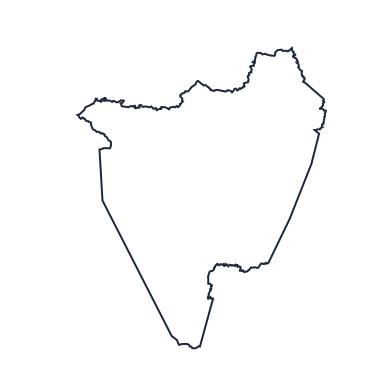 Las Minas, Herrera, Panama, rotated 7°
{"feature_id": "35544464B70726679944443", "entity_name": "Las Minas", "entity_type": "district", "adm_level": 2, "iso_a3": "PAN", "parent_name": "Panama", "parent_adm1": "Herrera", "projection": "orthographic", "projection_center": [-80.794, 7.719], "detail": "fine", "context": "isolated", "style": "outline", "palette": "slate", "viewbox_px": 384, "rotation_deg": 7, "n_neighbors": 0, "source": "geoboundaries", "source_scale": "gbopen_adm2", "svg_char_len": 5902}
<svg xmlns="http://www.w3.org/2000/svg" viewBox="0 0 384 384"><g transform="rotate(7 192 192)"><path d="M273.5,36.9L272.6,38.3L270.0,40.8L268.1,40.3L264.8,40.9L263.7,39.8L259.8,40.7L257.5,43.3L257.9,45.7L257.0,46.9L255.1,46.8L254.2,47.0L252.9,46.7L252.1,46.9L250.6,46.5L249.4,46.6L248.0,45.8L246.0,46.6L245.0,46.8L244.3,46.5L243.8,45.8L243.3,45.6L240.0,45.9L239.4,46.3L239.0,47.4L239.1,49.1L238.3,50.3L238.6,51.5L238.4,53.1L238.5,54.1L236.4,55.7L237.0,56.0L238.3,55.5L238.7,55.8L237.8,57.7L237.9,59.2L235.2,59.7L234.7,60.0L234.4,60.5L234.5,60.8L235.4,61.8L236.1,62.4L236.4,64.1L236.0,64.6L236.3,66.1L234.6,66.5L234.1,66.9L234.0,67.7L234.5,68.5L234.6,69.0L233.6,69.8L233.1,70.8L234.0,72.1L234.4,73.2L234.5,74.2L234.1,75.1L234.4,75.9L234.0,76.4L232.1,76.8L231.7,77.2L230.4,77.6L230.2,78.4L231.3,80.7L230.8,81.3L229.8,81.3L229.3,82.6L228.4,82.7L227.7,83.8L226.5,83.3L225.5,85.1L224.6,85.7L223.2,84.2L222.7,84.1L221.8,84.5L221.3,85.0L221.1,85.9L220.3,87.4L219.6,88.2L218.4,87.1L215.5,86.5L214.8,86.7L213.6,88.1L213.2,88.0L212.7,88.2L210.7,88.0L209.3,88.1L208.3,87.7L206.5,87.8L205.4,87.4L202.8,88.0L202.2,88.7L201.7,88.8L200.5,89.0L199.9,88.6L199.1,88.7L198.6,88.4L198.1,88.5L197.9,87.7L197.3,87.6L197.0,87.0L196.5,86.9L196.1,86.3L195.4,86.1L195.0,85.7L194.3,85.6L193.1,84.5L192.1,84.3L190.6,84.9L189.9,84.1L188.6,83.7L186.3,82.1L185.7,81.9L184.8,81.1L184.3,81.1L183.6,81.5L183.2,82.0L182.6,83.5L182.6,84.4L178.8,87.9L176.2,92.2L175.1,92.8L173.1,92.7L172.6,94.4L169.8,95.6L169.3,97.0L168.6,97.2L168.8,98.8L170.5,99.9L171.2,101.1L170.9,102.3L171.9,103.2L171.0,103.8L171.0,104.3L170.4,105.7L169.4,105.9L169.3,107.8L168.2,109.2L167.5,109.4L167.3,108.8L166.5,108.5L164.6,110.1L163.3,109.7L162.0,110.0L161.2,110.5L159.6,111.1L159.3,112.5L159.1,112.8L155.6,111.2L154.4,111.1L153.2,111.4L151.7,111.2L151.0,111.7L151.4,112.9L151.1,113.5L149.4,113.4L147.2,115.1L146.7,114.9L146.1,113.2L145.4,113.2L144.1,114.0L143.6,114.1L141.2,112.1L139.0,113.2L137.6,112.8L135.1,112.8L132.8,113.5L132.1,113.2L131.2,112.1L130.5,111.9L129.3,112.3L128.9,112.6L129.7,114.0L129.6,114.7L128.1,114.8L126.4,115.6L125.3,115.7L125.0,115.5L124.9,115.2L125.4,114.0L125.1,113.5L124.8,113.3L123.8,113.6L122.7,114.5L121.1,114.0L118.5,115.6L111.8,115.4L111.3,114.1L110.3,112.8L110.5,112.6L111.7,112.3L113.0,110.5L113.2,109.6L113.0,109.4L111.6,109.8L110.1,109.7L109.4,110.6L107.0,112.1L106.0,112.1L103.3,111.0L102.7,111.2L102.2,112.1L101.8,112.3L99.1,111.2L96.1,111.8L95.1,109.6L94.5,109.3L93.7,109.3L93.2,109.7L94.1,111.3L93.9,112.3L93.7,112.4L92.2,111.0L91.0,110.9L90.7,111.3L91.1,113.2L90.7,113.6L89.1,112.8L87.1,112.9L86.7,112.5L86.1,111.1L85.2,111.0L84.9,111.4L84.9,113.5L83.8,115.0L83.6,116.2L82.1,116.8L79.8,118.6L75.9,120.9L75.5,121.6L75.3,123.3L74.6,124.3L71.1,128.4L69.0,129.5L70.1,130.0L71.4,132.1L72.3,132.4L72.8,132.9L73.2,132.7L73.8,131.6L75.3,131.6L76.2,132.7L77.3,132.9L77.9,134.1L79.8,134.6L80.4,134.3L81.2,135.0L83.1,135.3L83.5,135.9L83.7,137.9L85.2,140.6L86.1,141.9L88.3,142.5L89.9,143.9L91.3,143.6L92.5,144.1L93.2,143.9L94.2,145.0L94.7,144.8L95.2,145.0L95.9,144.5L96.7,145.1L98.1,145.3L98.4,145.8L98.3,146.6L98.6,147.0L100.1,147.6L101.2,148.5L102.1,150.0L103.1,151.0L104.8,151.6L105.4,152.2L105.9,155.7L105.5,158.0L105.2,158.6L104.7,158.8L101.5,158.9L98.8,159.3L98.2,159.6L97.8,160.2L95.0,161.1L104.2,211.4L189.5,337.6L192.3,339.0L195.3,341.0L196.3,343.1L197.5,345.0L198.0,345.3L199.1,344.7L201.7,343.9L206.0,343.5L207.0,343.8L208.0,344.3L208.5,345.6L210.1,345.6L210.7,346.0L211.0,346.7L212.2,347.1L215.2,346.3L217.6,344.2L218.7,344.4L225.7,296.6L226.1,295.6L225.5,295.2L224.4,295.1L224.1,295.3L223.6,294.5L222.9,294.1L222.7,294.3L222.6,295.2L221.7,295.1L221.2,295.9L220.7,295.7L220.7,293.8L221.4,292.3L221.0,291.5L221.0,290.6L221.6,289.4L221.8,288.2L222.7,287.1L222.7,286.7L222.1,286.3L221.9,286.1L222.9,285.1L222.3,283.4L223.1,282.8L223.2,282.2L222.8,281.9L221.6,281.5L221.0,281.0L219.3,281.0L218.7,275.9L218.2,274.1L218.5,273.3L218.7,270.7L219.2,269.1L220.3,268.2L221.4,268.1L223.0,266.6L223.4,265.8L223.1,264.4L223.9,264.0L224.1,262.2L225.1,261.6L225.4,260.6L226.1,260.2L226.5,260.4L226.9,261.1L227.9,261.4L228.3,260.8L228.8,260.7L229.3,260.1L229.7,260.1L231.0,260.6L232.4,259.5L232.6,259.8L232.4,261.1L233.0,261.5L234.3,260.9L234.5,259.6L235.1,259.4L235.4,259.6L235.7,260.2L236.3,260.5L237.1,261.3L237.6,260.2L238.5,260.0L238.8,259.6L239.6,259.7L240.1,260.2L240.7,259.7L241.4,260.1L242.4,259.6L244.0,260.2L244.3,259.9L243.9,259.1L244.0,258.8L245.1,259.1L245.9,258.9L246.2,259.1L246.2,260.3L246.4,260.7L247.8,260.1L249.3,260.5L249.3,261.7L249.8,262.5L249.0,263.9L249.1,264.3L249.6,264.3L250.4,263.9L251.5,264.4L252.5,263.6L253.4,265.0L253.9,265.2L255.7,264.2L256.7,264.0L256.9,263.5L258.0,262.6L259.8,259.7L261.1,259.9L262.0,259.4L264.2,259.0L265.6,259.4L266.6,259.3L267.3,258.6L268.7,255.6L269.4,254.5L269.9,254.4L271.3,254.8L272.5,254.1L273.6,254.6L274.3,253.2L275.8,253.7L276.6,252.7L292.2,206.9L307.1,149.6L311.0,118.7L306.2,115.6L308.1,115.1L309.2,114.5L311.5,114.1L311.8,112.9L312.8,112.4L313.0,111.6L313.6,111.4L312.9,110.8L312.9,109.1L314.3,108.3L313.9,107.2L314.3,106.5L314.1,104.9L314.5,102.7L314.0,101.6L314.6,100.8L314.8,99.6L314.1,97.7L314.8,96.6L315.0,95.1L314.6,94.7L313.6,95.1L313.1,95.1L312.7,94.5L311.7,93.7L310.1,93.5L309.0,93.9L308.8,93.5L309.2,93.0L310.3,92.3L310.5,91.4L311.6,90.3L311.2,87.8L312.3,86.9L312.2,86.6L310.9,85.5L311.7,84.7L311.7,84.2L311.0,83.3L290.5,69.5L289.9,69.2L289.2,69.4L288.9,69.2L289.2,68.5L289.2,68.0L290.1,66.4L289.7,64.9L289.5,64.7L288.8,64.9L288.3,63.7L287.1,63.4L287.2,62.6L286.6,61.6L286.2,60.4L286.5,58.6L285.4,58.3L284.2,57.3L283.0,55.9L282.2,55.3L282.8,54.0L281.6,51.4L281.4,51.1L280.3,51.0L279.8,50.5L281.0,49.6L280.3,48.4L280.1,47.8L279.5,47.4L278.2,46.2L276.2,45.9L275.8,45.6L275.9,44.6L277.5,43.6L277.8,43.1L277.5,42.8L276.6,42.8L276.2,42.5L275.9,42.1L275.9,40.6L274.8,40.3L274.4,40.0L274.0,38.0L273.5,36.9Z" fill="none" stroke="#1e293b" stroke-width="2"/></g></svg>